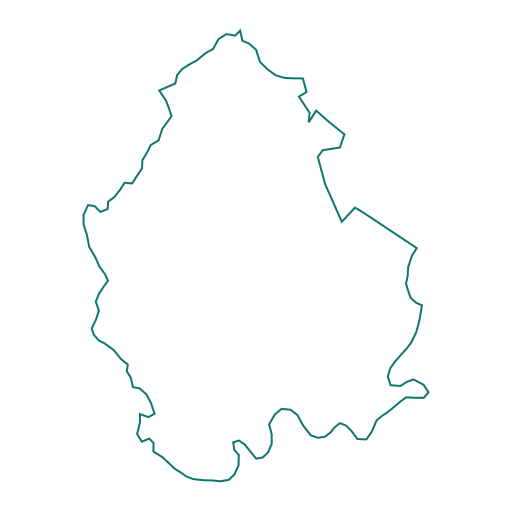 outline of Ouro, Santa Catarina, Brazil
{"feature_id": "56859067B86517883329655", "entity_name": "Ouro", "entity_type": "district", "adm_level": 2, "iso_a3": "BRA", "parent_name": "Brazil", "parent_adm1": "Santa Catarina", "projection": "natural_earth1", "projection_center": [-51.682, -27.276], "detail": "fine", "context": "isolated", "style": "outline", "palette": "teal", "viewbox_px": 512, "rotation_deg": 0, "n_neighbors": 0, "source": "geoboundaries", "source_scale": "gbopen_adm2", "svg_char_len": 2056}
<svg xmlns="http://www.w3.org/2000/svg" viewBox="0 0 512 512"><path d="M421.9,305.3L416.3,302.9L410.7,298.0L407.9,290.1L406.0,283.3L407.6,276.5L408.2,267.0L412.0,255.6L416.7,248.1L363.2,212.5L355.0,207.6L341.8,221.8L325.0,183.8L317.8,156.9L322.7,150.2L339.9,147.5L344.4,134.4L328.1,121.2L316.2,110.6L308.7,122.3L309.6,112.8L298.9,96.6L306.5,92.0L302.9,78.4L292.7,78.3L284.9,78.0L275.7,75.3L267.5,69.3L259.9,61.8L256.1,49.7L248.9,43.5L242.5,40.9L240.1,30.7L235.1,35.6L226.3,34.1L218.5,39.1L213.1,49.0L205.7,53.0L196.9,60.3L189.4,64.4L182.2,69.0L177.2,74.9L175.3,83.6L167.1,87.0L159.3,90.5L166.2,101.0L169.3,109.4L171.5,116.1L167.2,122.2L162.2,129.0L158.6,140.3L150.8,145.0L147.0,152.5L142.4,160.3L142.0,168.4L137.0,175.9L132.0,183.5L124.6,182.7L120.0,189.9L114.2,197.2L108.2,201.6L107.6,209.1L100.4,211.9L94.6,206.1L88.0,205.1L83.5,215.1L83.6,224.3L87.0,235.3L89.2,246.9L95.1,256.8L99.2,266.2L105.2,274.6L108.0,280.7L103.4,287.0L98.9,293.9L95.8,301.7L98.9,310.6L96.1,319.3L91.7,328.5L94.0,335.0L98.9,340.6L104.6,343.4L113.9,350.2L121.1,359.2L127.8,364.5L126.8,371.3L130.8,377.7L133.0,387.2L139.4,388.3L146.4,394.4L151.0,403.1L154.6,413.7L148.4,417.1L140.0,414.1L139.9,422.8L137.1,434.0L141.8,441.7L149.3,438.6L153.6,443.1L153.4,451.5L162.4,457.1L169.6,463.9L175.0,468.9L181.0,472.7L186.3,476.4L193.2,479.1L203.2,480.2L213.2,480.5L220.1,481.3L228.9,479.8L234.4,474.5L238.5,465.5L238.8,454.9L234.4,450.1L233.2,442.4L238.8,440.5L244.5,444.3L251.0,452.3L256.1,458.6L262.5,457.6L267.9,452.6L271.7,444.0L271.7,434.4L269.1,424.3L274.9,414.4L281.7,408.8L290.7,409.8L297.3,414.9L303.3,425.8L310.8,435.3L318.0,437.8L325.0,436.7L330.5,432.5L334.6,427.4L340.0,423.1L345.9,425.5L350.9,430.3L357.4,439.0L366.4,439.4L371.9,431.5L376.6,420.4L381.9,416.0L387.2,412.5L394.6,406.5L400.7,401.3L406.2,397.3L414.5,397.8L423.8,397.8L428.5,392.2L423.5,384.7L413.5,379.4L406.6,382.0L400.3,386.0L390.6,385.2L387.8,376.6L390.3,368.3L394.4,362.3L401.0,354.8L406.9,348.3L411.0,343.0L416.0,332.8L418.5,324.1L420.0,317.2L421.9,305.3Z" fill="none" stroke="#0f766e" stroke-width="2"/></svg>